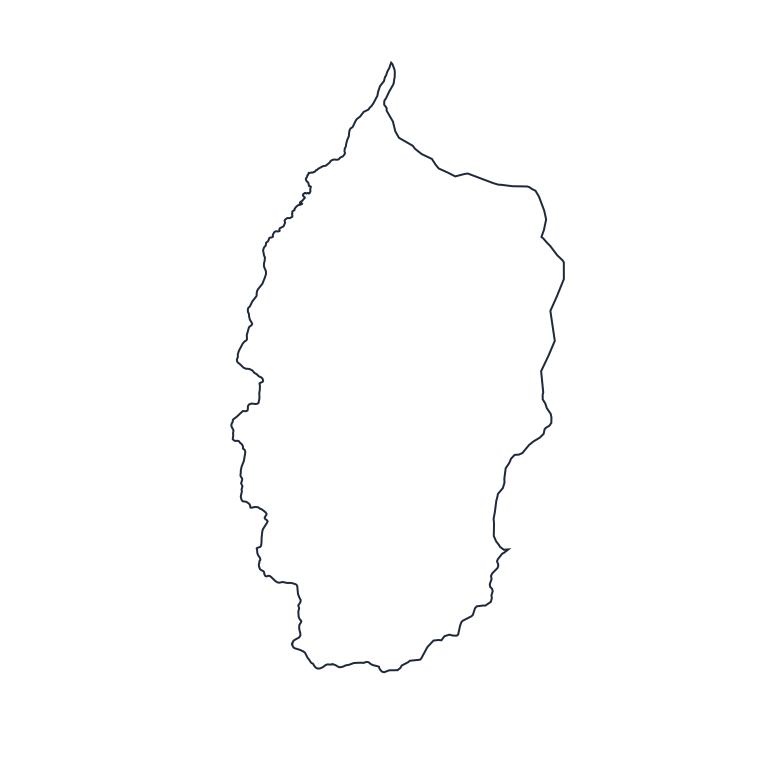 outline of Batrana, Hunedoara, Romania, rotated 139°
{"feature_id": "2599482B72212253659890", "entity_name": "Batrana", "entity_type": "district", "adm_level": 2, "iso_a3": "ROU", "parent_name": "Romania", "parent_adm1": "Hunedoara", "projection": "mercator", "projection_center": [22.608, 45.81], "detail": "fine", "context": "isolated", "style": "outline", "palette": "slate", "viewbox_px": 768, "rotation_deg": 139, "n_neighbors": 0, "source": "geoboundaries", "source_scale": "gbopen_adm2", "svg_char_len": 6166}
<svg xmlns="http://www.w3.org/2000/svg" viewBox="0 0 768 768"><g transform="rotate(139 384 384)"><path d="M572.8,166.3L567.9,164.5L561.5,159.1L557.7,159.0L555.3,159.9L548.2,158.2L546.1,158.2L537.7,152.3L536.0,152.4L523.8,157.0L515.0,157.9L510.9,155.1L508.8,152.9L503.9,154.0L499.2,152.0L497.0,148.9L494.3,146.4L492.5,146.2L485.1,151.7L481.8,153.5L480.0,153.7L470.3,151.3L468.3,151.5L462.6,155.0L460.0,155.4L454.4,151.7L452.9,150.3L446.3,149.5L443.1,151.6L441.5,154.1L438.0,156.2L436.8,158.6L437.0,161.3L435.5,163.5L430.7,166.3L429.2,168.9L426.5,170.1L419.2,170.6L417.3,171.6L416.2,172.9L415.0,176.1L413.0,177.1L406.1,178.4L404.3,177.9L398.7,177.6L402.3,180.3L403.3,185.1L402.9,186.9L402.6,191.7L400.9,197.2L392.6,206.4L389.7,210.4L384.6,214.4L375.6,222.4L372.8,224.2L370.1,226.3L362.5,227.5L357.8,230.5L355.2,233.7L347.4,240.6L341.3,242.2L337.1,244.3L331.9,244.8L328.5,242.2L324.9,241.1L314.6,242.8L308.8,242.6L301.6,241.3L296.3,241.6L292.3,244.6L290.3,244.7L286.5,244.0L283.2,244.9L279.5,249.0L277.8,252.1L276.9,259.2L275.1,263.4L274.3,268.3L271.1,272.0L269.4,273.1L257.0,290.6L241.4,297.4L226.8,304.5L210.5,330.0L195.9,336.8L179.4,345.2L168.5,357.8L168.1,360.0L168.8,367.5L168.0,379.0L168.3,383.8L168.3,389.5L168.7,391.7L162.3,395.3L153.7,401.8L149.4,409.6L144.1,423.8L142.9,430.4L144.5,434.4L145.0,436.8L146.3,439.1L157.2,448.9L164.9,457.5L166.9,459.4L169.7,463.8L182.7,487.9L185.9,489.9L194.0,493.9L197.3,502.0L201.3,510.7L201.2,515.5L200.2,522.4L204.7,532.8L206.3,541.1L206.0,544.9L211.2,560.0L209.7,567.3L205.1,576.2L202.7,588.6L201.2,590.2L200.8,591.9L200.7,594.4L200.1,595.3L198.3,597.2L197.3,597.8L195.3,598.2L188.5,601.2L181.0,603.8L179.4,604.6L176.0,607.6L175.0,608.2L172.0,611.4L170.1,613.8L167.8,619.8L167.8,621.8L170.8,620.2L172.2,619.2L176.5,617.6L180.2,615.4L181.7,615.1L185.4,612.6L191.6,611.4L197.2,608.1L199.8,605.9L207.9,602.8L211.0,602.0L213.7,601.9L215.7,601.3L220.8,602.7L226.7,601.5L230.8,601.8L233.3,601.0L238.3,598.8L239.6,598.5L241.4,598.8L242.7,598.5L245.0,597.0L247.9,594.1L251.1,592.6L254.1,590.7L257.3,588.1L259.2,587.4L261.2,585.5L261.9,583.9L263.2,583.2L265.7,582.8L268.5,583.6L270.7,583.3L272.3,584.0L274.2,586.0L276.0,587.0L277.9,587.3L279.7,586.8L284.6,586.9L287.1,588.4L292.4,589.6L293.6,589.5L295.0,589.9L295.9,589.6L297.6,589.8L298.3,590.2L299.2,590.3L299.7,591.0L301.7,592.1L302.1,592.6L302.6,592.6L304.0,591.7L304.8,591.8L306.0,590.9L307.8,590.4L308.7,589.8L309.3,588.0L309.1,585.9L309.5,584.7L310.6,582.8L310.6,582.3L309.8,581.4L309.8,580.9L312.1,579.2L313.1,577.7L314.7,576.9L315.7,577.0L315.9,577.9L316.3,578.3L317.5,578.6L318.0,579.8L318.4,580.1L320.6,580.2L321.4,579.7L321.6,578.9L321.4,576.9L321.6,576.5L325.4,575.9L327.9,576.2L328.4,576.0L328.6,575.8L327.5,574.2L327.5,573.8L327.8,573.7L329.9,574.3L330.9,575.2L333.8,575.4L336.6,574.8L337.6,573.9L338.9,574.3L340.1,574.3L341.0,573.1L342.0,572.6L342.9,570.8L343.9,570.4L346.4,571.0L347.5,572.2L348.6,572.8L350.8,572.9L351.9,572.5L352.7,570.8L353.4,570.3L356.4,568.9L360.1,569.8L360.9,569.8L361.5,569.4L362.2,568.1L362.6,568.0L364.1,568.8L365.3,570.2L367.3,570.6L369.8,569.6L370.5,569.1L370.9,568.3L371.3,568.0L372.6,568.3L374.1,569.3L374.8,569.4L377.6,567.9L378.7,567.8L380.1,568.0L382.5,566.1L384.8,565.8L387.4,564.4L390.3,559.6L390.8,557.6L393.5,555.1L395.5,553.7L397.0,552.1L398.0,550.2L398.7,547.7L399.4,546.2L400.9,544.4L404.6,542.2L410.1,539.4L416.4,538.3L418.3,537.7L420.4,536.2L422.1,534.3L422.7,534.0L429.3,532.7L434.1,530.6L436.7,530.4L438.0,529.4L439.4,527.7L439.9,525.6L441.3,523.8L442.8,521.0L443.2,519.7L443.5,517.5L444.1,515.8L445.5,515.3L448.1,515.5L449.0,515.2L455.5,510.9L457.9,507.8L458.7,507.4L459.4,507.2L461.4,507.6L464.1,507.2L471.6,504.3L474.6,502.5L476.8,500.1L478.8,499.1L479.7,498.1L480.3,496.4L479.7,493.5L479.3,488.5L478.0,485.8L477.0,485.1L475.7,483.5L474.5,480.7L474.5,477.2L473.7,475.2L473.4,471.9L472.3,469.5L472.2,468.6L472.2,467.7L473.1,465.7L474.1,465.3L477.4,466.2L477.7,466.0L478.7,464.2L481.7,460.9L483.9,459.2L487.4,454.9L491.2,452.0L492.8,452.3L494.2,453.3L496.7,456.1L499.2,457.1L501.2,456.6L503.3,454.3L504.4,453.6L505.9,453.9L508.2,456.1L508.8,456.2L516.7,455.9L521.0,456.2L521.8,455.9L522.9,454.8L525.2,453.9L526.2,453.1L526.9,452.1L528.1,447.6L530.1,446.0L531.5,444.1L534.3,441.7L534.3,440.3L533.9,439.0L533.3,438.3L532.0,437.5L531.0,435.9L531.2,434.0L530.8,432.1L531.3,429.6L532.7,427.9L532.8,427.2L532.4,426.3L532.5,425.4L533.3,423.6L540.2,417.9L545.6,415.1L548.7,412.8L550.0,411.3L552.2,409.3L552.8,408.2L553.1,405.8L553.8,404.8L557.0,402.8L557.9,399.7L560.6,397.9L561.7,396.2L565.9,393.1L566.9,391.4L567.5,389.8L567.6,388.3L565.2,385.4L564.4,382.4L564.5,381.1L564.9,379.9L565.8,378.6L565.8,378.2L565.5,377.8L561.6,375.5L559.8,373.4L559.4,371.3L558.6,370.0L557.8,366.4L557.6,364.4L557.8,363.1L558.4,362.5L561.0,361.8L561.9,361.3L562.2,360.2L561.7,357.5L561.9,356.7L563.4,356.0L570.5,353.9L572.2,352.9L577.1,348.4L580.5,344.7L582.6,342.8L583.7,342.3L584.4,342.3L587.2,343.5L588.0,343.4L588.3,342.5L590.4,339.7L591.0,338.4L591.4,336.8L591.6,334.6L592.3,332.9L592.7,332.4L594.3,332.0L595.3,330.9L597.0,329.8L598.0,328.3L599.0,325.9L598.9,324.6L597.8,321.5L598.1,320.4L599.2,318.7L599.5,316.8L598.8,315.8L597.2,315.2L596.2,314.2L595.8,312.4L595.3,306.8L594.7,304.4L593.5,302.8L590.3,301.0L587.8,297.6L584.4,294.6L582.0,290.8L581.8,289.6L582.0,288.5L586.7,281.9L588.0,278.3L588.6,275.7L588.9,275.3L590.4,274.1L593.9,273.2L595.2,270.4L597.9,268.5L601.1,264.4L601.9,261.9L601.9,259.9L602.1,259.1L603.0,258.6L605.9,257.7L606.6,257.1L608.6,254.9L610.8,250.6L612.2,249.0L614.3,248.4L619.4,249.5L621.0,249.5L624.1,248.3L624.2,247.9L623.8,247.8L624.5,247.3L625.1,244.9L624.9,243.4L621.8,238.4L620.4,235.2L619.9,233.1L621.3,227.5L621.3,225.7L621.8,222.2L621.8,221.2L621.1,219.3L621.6,216.9L621.6,215.3L621.4,214.1L620.7,212.7L619.4,211.6L617.5,210.8L615.2,210.3L612.5,210.2L610.7,209.5L607.6,206.6L606.7,206.6L605.0,203.5L603.8,199.9L602.8,198.9L600.2,197.5L597.5,196.8L595.0,195.2L589.8,193.2L584.7,189.2L582.5,187.0L579.5,185.7L578.5,184.6L578.1,183.8L577.7,181.3L576.8,179.1L574.9,176.5L573.3,174.0L574.1,172.3L574.3,170.9L574.3,168.7L574.1,168.0L573.7,167.3L572.8,166.3Z" fill="none" stroke="#1e293b" stroke-width="2"/></g></svg>